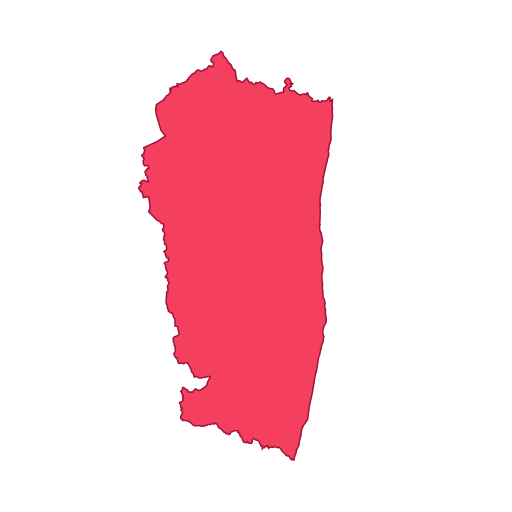 Vangaindrano, Atsimo-Atsinanana, Madagascar, rotated 348°
{"feature_id": "10022922B74242760889111", "entity_name": "Vangaindrano", "entity_type": "district", "adm_level": 2, "iso_a3": "MDG", "parent_name": "Madagascar", "parent_adm1": "Atsimo-Atsinanana", "projection": "mercator", "projection_center": [47.342, -23.586], "detail": "fine", "context": "isolated", "style": "filled", "palette": "rose", "viewbox_px": 512, "rotation_deg": 348, "n_neighbors": 0, "source": "geoboundaries", "source_scale": "gbopen_adm2", "svg_char_len": 6074}
<svg xmlns="http://www.w3.org/2000/svg" viewBox="0 0 512 512"><g transform="rotate(348 256 256)"><path d="M264.3,48.5L261.5,50.5L257.1,50.9L255.6,51.4L252.6,54.7L252.7,56.8L254.5,58.0L254.2,59.7L252.9,61.9L252.3,61.9L250.9,60.5L249.5,60.2L246.4,63.0L244.5,62.6L241.6,64.1L237.8,61.9L236.4,62.4L234.1,64.1L232.0,64.6L230.3,65.5L228.4,67.2L227.1,67.5L226.5,69.1L225.3,69.4L225.1,70.3L223.4,70.6L221.8,71.4L220.0,71.4L217.2,72.2L214.7,71.2L215.0,73.0L214.8,74.0L213.7,72.9L212.3,73.8L211.2,73.0L210.3,73.5L209.1,73.5L208.5,73.9L208.1,74.9L206.9,74.0L206.1,75.4L207.2,77.2L205.0,78.8L204.9,79.8L201.7,80.7L200.9,81.7L198.5,83.4L198.3,84.0L190.1,87.2L188.3,91.7L187.9,97.4L189.2,113.3L192.3,119.8L182.7,123.6L168.8,126.6L168.7,128.1L169.3,129.2L167.9,131.4L167.6,132.9L165.1,133.6L165.6,135.3L166.5,135.9L166.3,136.7L166.9,138.0L165.7,139.0L165.2,139.9L165.0,143.0L166.1,144.9L167.7,144.6L169.3,145.2L169.6,147.2L169.4,147.8L169.1,148.1L168.4,147.6L165.0,150.4L165.0,154.0L166.2,155.7L165.8,157.5L166.1,160.9L163.5,160.1L163.1,159.1L162.6,158.8L161.3,158.5L159.7,159.0L157.6,160.4L157.9,161.2L159.0,161.4L157.7,163.8L156.5,163.8L155.5,164.8L155.6,166.3L156.6,168.9L156.9,169.4L157.9,169.6L158.0,175.5L162.8,175.6L163.2,176.1L162.9,183.6L162.3,186.5L161.6,188.4L160.2,190.3L166.6,200.4L168.8,202.0L170.4,204.8L171.7,205.1L172.5,206.4L171.9,207.4L171.5,209.4L170.2,210.3L169.9,211.1L170.2,212.1L171.1,213.3L171.4,216.1L170.1,217.5L169.9,219.1L169.1,219.9L169.5,223.7L169.0,225.3L170.6,226.6L170.2,228.4L170.2,230.4L169.3,231.5L166.8,232.5L167.9,234.4L167.6,236.1L168.2,239.1L170.0,239.7L170.2,240.4L169.3,241.2L169.5,242.4L169.1,243.0L165.8,243.3L164.8,243.9L165.6,245.7L165.1,249.2L165.5,250.0L165.4,251.5L166.1,252.3L166.2,253.4L165.1,255.6L163.1,257.2L162.9,258.1L163.6,258.7L165.0,258.9L165.1,259.9L164.4,261.2L165.4,263.9L164.8,265.2L163.2,266.8L162.7,271.8L161.2,272.6L158.4,282.5L158.5,284.6L159.0,286.6L158.5,288.5L158.9,289.8L158.9,291.9L161.4,294.4L162.5,294.7L162.6,295.3L162.6,298.1L163.7,301.7L163.1,302.9L162.3,307.7L164.8,309.0L164.5,312.2L164.8,316.3L163.1,317.5L159.3,318.2L158.3,318.6L157.9,319.3L157.3,322.8L157.8,323.8L157.5,326.6L158.2,327.4L157.5,329.7L157.7,331.1L157.1,333.0L155.5,334.2L155.2,335.1L155.8,336.3L155.8,337.7L156.4,338.8L157.3,339.2L157.4,341.0L157.9,342.4L157.5,343.6L158.0,345.0L161.2,345.2L162.5,346.4L164.9,345.8L166.7,346.1L168.2,350.4L168.5,352.7L169.0,353.5L168.9,355.5L169.3,356.8L170.0,357.4L170.6,361.8L172.1,361.1L175.5,363.8L186.0,364.1L186.1,364.7L182.7,368.9L180.5,372.7L173.9,375.7L172.2,375.7L168.9,373.3L168.5,374.2L166.7,374.8L165.9,375.9L165.0,376.1L164.1,375.4L161.8,375.2L161.4,374.4L161.2,372.8L159.8,372.1L158.7,370.4L157.1,369.3L156.8,369.4L156.3,371.3L154.2,372.8L154.8,373.8L154.9,375.7L155.9,376.8L155.7,377.5L154.9,378.0L155.2,379.3L154.6,380.1L154.6,381.8L153.1,383.2L151.4,383.2L150.7,383.6L150.9,384.7L151.4,385.6L151.0,388.3L152.1,389.6L150.9,390.2L150.5,390.9L151.7,393.7L148.7,397.9L148.6,399.2L150.3,401.8L150.6,401.6L153.6,402.5L156.0,404.0L158.0,406.1L159.6,408.7L160.3,409.1L162.8,409.8L164.6,409.7L167.0,411.2L168.5,411.0L170.1,411.8L171.1,411.1L172.9,411.4L174.2,410.8L176.9,411.5L178.9,410.5L179.7,411.6L180.6,411.6L181.7,411.0L183.2,413.1L183.6,415.8L186.1,418.2L187.9,421.5L188.8,421.9L189.5,423.4L190.1,423.7L191.3,423.6L192.2,425.0L193.6,424.7L194.8,423.0L196.6,422.9L197.7,422.3L201.8,423.1L201.9,423.6L201.5,424.6L202.5,425.3L202.8,426.9L203.3,427.6L203.0,429.1L203.8,429.8L204.9,432.1L204.6,433.3L205.4,435.6L207.5,436.5L208.8,435.8L209.4,437.3L212.4,438.3L213.3,437.7L214.0,436.3L213.7,435.5L215.0,434.1L215.8,433.9L216.8,435.3L218.4,436.4L219.4,436.6L220.1,437.4L221.5,443.1L222.8,443.1L222.1,445.9L223.5,444.9L224.3,445.2L224.8,444.5L226.3,444.4L227.2,443.7L227.8,444.0L227.6,445.2L228.3,445.5L228.4,446.7L229.8,446.0L231.8,446.2L232.2,446.6L235.1,446.6L237.2,448.0L238.8,447.7L240.5,450.7L240.5,451.6L243.5,455.9L243.8,457.2L244.9,457.6L245.3,458.2L246.6,458.4L248.0,462.3L248.8,462.2L249.2,462.9L250.6,463.5L252.5,459.4L254.3,456.8L254.7,455.2L258.6,450.0L259.4,447.4L262.8,440.5L263.5,437.8L265.1,434.3L267.5,431.2L270.8,428.5L271.2,427.6L272.3,427.0L277.3,413.1L282.4,402.1L289.1,385.0L291.2,381.1L296.2,368.2L297.5,366.2L301.7,357.0L304.2,353.2L304.4,351.7L305.6,348.8L305.3,345.9L305.8,342.9L307.9,338.8L309.9,336.6L311.0,334.8L311.8,331.8L311.9,326.7L312.8,323.2L312.6,319.6L313.8,316.6L313.8,313.0L313.0,309.9L314.2,303.6L314.0,302.2L315.6,295.8L315.4,294.5L316.2,289.0L318.0,284.9L319.0,281.4L319.2,279.0L318.8,278.3L319.4,275.1L319.3,273.6L320.6,268.0L320.8,266.1L320.6,264.7L322.1,260.0L324.4,255.1L324.4,248.5L324.7,247.3L324.2,247.0L324.3,245.8L323.8,245.1L324.0,242.1L324.4,240.0L325.2,238.6L324.8,238.0L325.4,236.7L328.0,226.2L328.8,221.4L329.9,218.8L329.5,217.9L329.8,217.4L330.2,214.3L335.6,200.6L337.1,197.9L337.2,196.3L337.9,193.8L344.2,180.0L345.4,178.2L345.3,177.5L348.0,172.6L348.5,170.8L348.4,168.6L349.8,165.6L350.3,163.4L353.7,157.7L353.6,157.1L354.3,154.6L354.4,152.5L357.2,142.7L359.5,136.8L359.7,135.4L360.4,134.3L360.2,132.3L361.5,127.1L361.8,124.0L363.4,118.8L362.8,118.8L361.8,120.1L361.0,120.2L360.3,118.8L361.7,116.9L361.6,116.4L360.4,115.9L357.7,118.6L355.9,118.8L352.4,117.9L352.0,118.6L350.4,119.0L350.0,118.8L349.1,116.6L346.9,117.3L345.7,116.7L343.2,116.5L342.8,115.5L343.9,113.9L340.9,110.5L340.6,109.2L340.8,108.1L340.2,107.2L339.1,107.5L338.8,108.6L338.5,108.6L336.6,107.3L332.5,107.7L331.3,106.9L327.5,102.1L324.7,101.8L323.6,101.1L323.2,98.3L326.0,97.4L325.7,96.1L326.5,95.2L327.4,95.5L327.8,95.1L326.1,93.7L325.7,93.9L326.4,92.2L325.2,89.2L322.9,88.6L320.6,90.7L320.2,91.6L321.8,95.6L317.9,97.6L317.1,101.3L313.3,101.3L309.2,101.8L308.2,100.3L308.0,97.8L307.2,96.1L303.9,94.8L301.9,93.3L300.5,90.7L296.3,86.7L293.0,87.3L292.2,86.3L291.1,87.4L289.3,87.7L287.6,85.0L286.0,85.1L285.5,84.6L284.0,80.2L278.7,83.3L278.1,83.1L276.7,81.3L275.6,81.0L274.4,81.5L273.9,80.0L273.8,76.0L274.2,70.1L272.0,67.9L271.5,64.2L270.9,63.0L269.3,61.2L267.8,56.6L266.5,54.6L265.6,52.2L265.9,50.5L264.3,48.5Z" fill="#f43f5e" stroke="#9f1239" stroke-width="1.5"/></g></svg>